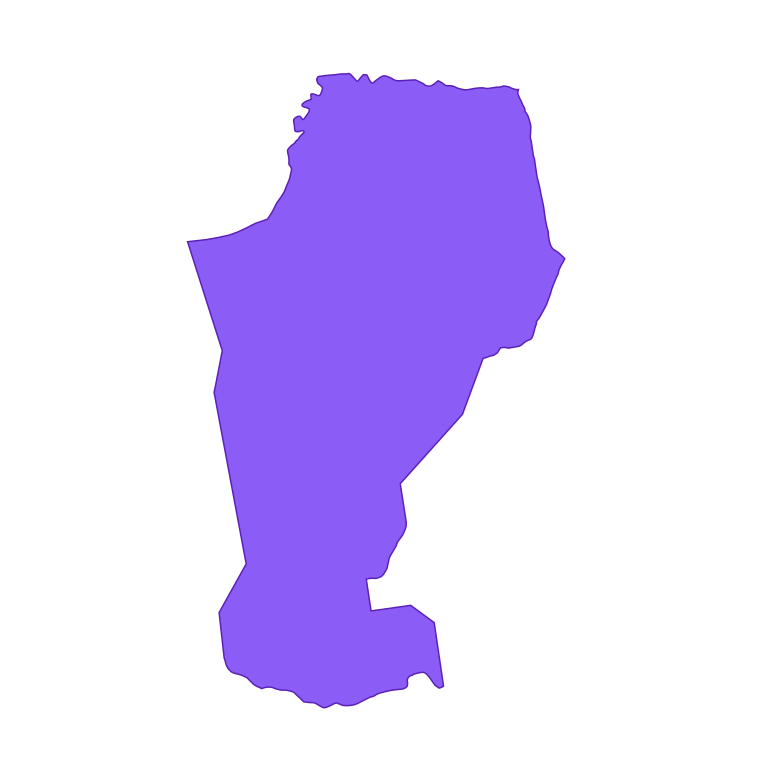 the district of San Jose, La Paz, Honduras, rotated 82°
{"feature_id": "27666195B94160628539031", "entity_name": "San Jose", "entity_type": "district", "adm_level": 2, "iso_a3": "HND", "parent_name": "Honduras", "parent_adm1": "La Paz", "projection": "albers", "projection_center": [-87.966, 14.235], "detail": "fine", "context": "isolated", "style": "filled", "palette": "violet", "viewbox_px": 768, "rotation_deg": 82, "n_neighbors": 0, "source": "geoboundaries", "source_scale": "gbopen_adm2", "svg_char_len": 6016}
<svg xmlns="http://www.w3.org/2000/svg" viewBox="0 0 768 768"><g transform="rotate(82 384 384)"><path d="M91.2,288.2L92.3,289.9L93.5,291.9L94.3,293.5L95.3,295.8L95.4,296.6L95.2,298.3L94.7,300.1L94.3,301.0L93.8,301.6L92.5,302.8L91.8,303.7L89.0,307.8L87.3,310.5L87.2,310.9L86.8,314.9L85.9,326.3L85.7,327.8L85.3,329.3L84.8,330.6L84.2,331.7L82.3,334.0L80.6,336.7L79.6,338.6L79.0,340.2L78.9,341.1L78.9,342.1L79.0,342.8L79.2,343.7L80.5,346.4L82.5,350.2L83.1,351.2L84.2,352.7L84.4,353.3L84.4,353.6L84.2,354.0L83.7,354.6L82.6,355.3L81.5,355.9L80.3,356.4L77.6,357.2L75.6,358.0L74.8,360.9L74.8,361.2L75.8,362.7L77.9,365.1L80.1,367.2L80.3,367.7L80.4,368.2L80.3,368.6L80.0,369.0L75.8,371.8L72.8,374.0L72.0,374.9L71.7,375.5L71.6,376.2L71.7,377.6L71.0,383.4L70.9,389.7L70.4,398.8L70.4,404.7L70.4,405.9L70.5,406.4L70.9,406.9L71.7,407.4L72.7,408.2L74.2,408.2L75.7,408.0L76.8,407.7L77.4,407.4L78.1,406.8L79.2,405.6L80.2,404.8L81.4,404.0L82.3,403.7L82.7,403.8L83.3,404.0L85.2,404.8L86.9,405.7L88.4,406.7L88.8,407.1L89.1,407.6L89.3,408.2L89.3,408.8L89.1,409.5L87.5,412.4L86.8,414.1L86.6,415.0L86.7,415.6L86.8,415.8L87.1,416.1L87.6,416.2L89.3,416.3L91.2,416.3L91.4,416.3L91.7,416.4L92.4,418.2L93.0,421.3L93.7,423.0L94.3,424.3L94.9,425.3L95.6,426.0L96.1,426.3L96.6,426.4L97.1,426.3L97.6,426.0L98.0,425.6L98.9,424.1L99.7,422.1L100.2,421.1L100.6,420.4L100.9,420.1L101.2,419.9L101.7,419.8L102.2,419.9L103.6,420.2L104.9,421.1L107.2,423.2L110.1,426.0L110.5,426.6L110.8,427.3L110.8,427.6L110.6,427.9L108.4,429.1L107.5,429.7L107.2,430.1L107.1,430.8L107.0,431.5L107.2,432.3L107.4,433.3L107.8,434.3L108.2,435.0L108.7,435.7L109.1,436.2L109.7,436.6L110.6,436.8L111.6,436.9L114.4,436.8L120.1,437.0L120.9,436.9L121.1,436.8L121.5,436.4L121.8,435.8L122.0,434.9L122.2,434.0L122.2,432.8L121.8,430.7L121.9,429.2L122.1,428.6L122.4,428.2L122.8,428.0L123.3,428.1L123.9,428.5L126.5,431.9L127.3,432.9L127.9,433.5L129.0,434.1L129.5,434.5L130.5,436.3L131.1,437.2L132.1,438.2L133.3,439.3L134.4,441.5L135.5,443.3L137.6,445.8L138.7,446.7L139.4,447.0L139.9,447.1L141.8,447.1L145.6,446.8L147.8,446.8L149.1,446.9L151.7,447.4L153.1,447.5L153.5,447.5L154.0,447.3L154.9,446.6L155.7,446.2L157.3,445.8L158.2,445.6L160.8,446.4L167.8,449.1L169.2,449.8L173.9,452.7L178.5,455.3L180.1,456.2L184.3,459.8L188.5,463.8L190.1,465.2L191.6,466.3L195.7,469.1L198.7,471.3L201.6,473.8L204.6,476.6L207.1,489.3L210.5,499.0L213.3,508.4L215.0,516.8L215.9,528.3L216.3,539.3L215.9,554.1L215.8,558.7L328.5,539.5L363.1,551.4L368.6,553.4L543.0,545.5L587.4,579.1L633.3,580.4L635.0,580.0L640.0,579.4L644.0,578.1L647.6,575.5L649.1,573.5L650.5,570.4L651.2,568.3L652.9,564.9L656.0,560.3L657.7,559.2L660.6,557.0L663.1,555.1L665.0,553.0L666.3,551.1L667.6,548.9L668.6,547.6L668.1,545.0L667.9,542.6L668.0,541.1L668.6,537.6L669.0,536.7L670.6,534.0L672.3,530.0L672.9,527.9L673.3,525.1L673.6,523.5L674.5,520.8L675.6,518.3L676.6,516.4L677.1,515.8L679.8,513.9L683.4,510.9L686.2,508.8L687.5,507.7L687.9,506.7L688.4,504.9L689.2,501.6L689.7,498.6L690.1,497.3L690.6,496.4L691.2,495.6L693.9,492.2L695.6,489.9L696.0,489.0L696.2,488.2L696.3,487.4L696.0,485.4L695.2,482.4L693.7,478.2L693.4,476.7L693.3,475.5L693.4,474.9L693.6,474.4L694.4,473.5L694.6,473.2L694.9,472.0L695.8,470.9L696.2,470.3L696.8,468.4L697.2,466.5L697.5,464.5L697.6,461.8L697.6,458.9L697.2,456.6L696.5,454.0L694.1,447.0L692.5,442.5L692.3,441.7L692.0,439.4L691.6,437.3L691.3,436.4L690.7,435.4L690.4,434.7L689.9,433.0L689.5,431.1L688.8,425.8L688.4,420.6L688.4,414.7L688.6,409.3L688.6,407.7L688.1,405.7L687.7,404.8L687.2,403.9L686.6,403.3L686.2,403.0L685.4,402.7L684.0,402.4L682.8,402.2L681.2,402.3L680.0,402.0L679.3,401.6L678.5,401.1L677.9,400.7L677.3,399.9L676.7,398.7L676.5,398.1L676.4,396.7L675.7,395.5L675.4,394.6L675.0,390.8L674.8,388.1L674.8,386.3L675.1,384.9L675.7,383.8L676.8,382.6L677.6,381.9L680.3,380.1L689.1,375.6L689.9,375.0L690.4,374.4L692.8,371.7L692.8,371.2L692.4,369.4L692.0,368.2L691.4,367.1L627.3,367.5L606.9,388.4L606.9,428.4L574.8,428.7L574.6,426.4L574.6,424.5L574.8,422.4L575.3,419.5L575.3,418.4L575.2,417.3L574.8,415.5L574.3,413.6L573.6,412.4L572.4,411.0L569.8,408.8L567.9,407.3L567.2,406.8L564.1,405.6L558.3,403.5L556.7,402.7L555.8,402.2L553.8,400.7L545.8,394.3L545.2,394.0L544.0,393.7L542.7,392.8L540.8,391.1L537.9,388.2L535.7,386.3L533.5,384.8L529.6,382.6L528.2,382.0L526.6,381.6L524.6,381.3L522.5,381.2L485.0,381.8L424.9,310.5L372.6,282.4L371.1,275.0L371.0,274.1L370.9,272.1L370.5,270.7L369.6,268.7L368.9,267.4L364.9,264.1L364.7,263.8L364.5,263.4L364.4,261.8L364.6,259.7L364.8,258.4L365.6,256.4L365.8,255.7L365.4,245.0L365.0,243.8L364.5,242.5L364.0,241.7L362.6,239.6L361.4,237.1L360.9,235.6L360.5,233.9L360.2,232.9L359.6,232.0L359.0,231.2L357.6,230.3L356.0,229.4L348.8,226.4L345.8,224.8L344.7,224.5L344.1,224.6L343.5,224.4L343.0,224.0L340.8,221.7L339.2,220.3L333.5,216.0L328.1,212.1L318.4,206.9L313.2,204.6L309.4,202.5L304.2,199.5L302.4,198.4L299.4,196.4L298.4,196.0L296.0,195.1L293.8,193.8L291.4,192.3L287.8,189.4L285.1,187.6L284.9,187.6L283.5,188.6L278.0,193.1L275.7,195.7L274.2,197.5L273.3,198.2L272.3,198.8L270.7,199.4L269.4,199.8L267.7,200.1L264.6,200.4L261.5,200.5L259.2,200.5L256.7,200.2L255.6,200.2L250.9,200.9L243.5,201.3L229.9,201.3L215.3,202.3L210.5,202.5L204.9,203.1L200.3,203.6L189.8,203.7L182.9,203.7L181.3,203.8L179.6,204.2L179.0,204.3L164.7,204.4L163.3,204.5L160.7,204.8L159.1,204.7L156.2,204.0L150.2,202.9L149.1,202.8L147.5,202.8L142.6,203.4L138.6,204.1L136.6,204.9L135.0,205.6L133.6,206.4L131.5,206.3L130.3,206.5L129.2,206.8L126.5,207.9L123.3,208.7L119.6,210.0L116.0,210.9L115.1,211.0L114.0,210.9L112.6,210.5L111.1,209.9L111.1,210.6L111.0,211.4L110.5,213.1L109.0,216.2L108.4,217.2L107.4,218.6L107.1,219.2L106.1,222.0L105.6,223.8L105.6,224.9L106.0,226.6L106.1,228.0L106.0,229.3L105.7,231.5L105.8,236.0L105.8,239.9L105.6,241.5L104.8,243.8L104.4,245.3L104.0,249.2L103.9,253.2L104.2,259.5L104.1,261.8L103.8,263.4L102.9,266.2L101.5,269.5L100.7,270.9L99.2,273.2L98.3,275.1L98.0,276.0L97.4,279.8L97.1,281.1L96.0,282.5L94.1,284.3L92.1,287.0L91.2,288.2Z" fill="#8b5cf6" stroke="#5b21b6" stroke-width="1.5"/></g></svg>